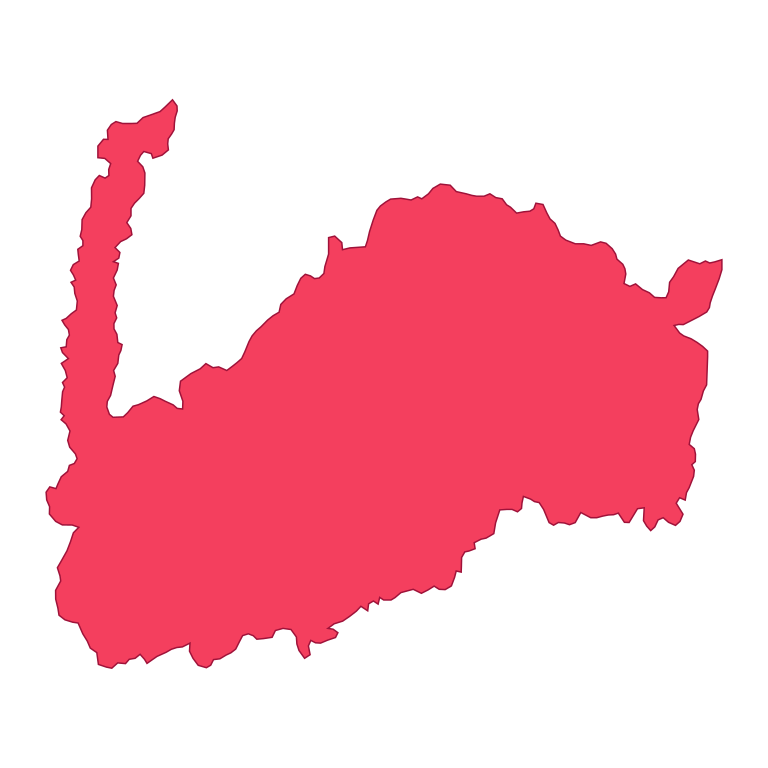 the district of Itapaci, Goiás, Brazil
{"feature_id": "56859067B10600417055879", "entity_name": "Itapaci", "entity_type": "district", "adm_level": 2, "iso_a3": "BRA", "parent_name": "Brazil", "parent_adm1": "Goiás", "projection": "robinson", "projection_center": [-49.677, -14.921], "detail": "fine", "context": "isolated", "style": "filled", "palette": "rose", "viewbox_px": 768, "rotation_deg": 0, "n_neighbors": 0, "source": "geoboundaries", "source_scale": "gbopen_adm2", "svg_char_len": 5334}
<svg xmlns="http://www.w3.org/2000/svg" viewBox="0 0 768 768"><path d="M46.1,492.2L46.7,499.9L49.6,506.7L49.4,514.0L55.7,521.4L62.3,524.9L72.2,525.0L78.8,527.3L73.4,532.8L70.5,541.7L67.0,550.8L61.0,561.5L57.4,567.7L60.0,575.9L60.7,581.0L55.6,590.4L55.7,599.1L57.9,608.1L59.0,615.2L64.9,619.8L72.7,622.2L78.1,623.0L82.8,633.8L87.3,641.1L90.3,648.1L96.8,652.6L98.4,664.4L106.4,667.1L111.8,668.2L117.7,662.9L125.5,663.6L129.2,659.3L135.1,658.3L140.1,654.3L144.5,659.3L147.0,663.4L157.0,656.4L166.1,652.3L171.3,649.3L176.8,647.5L182.4,646.9L190.0,643.1L189.5,651.2L193.0,658.3L198.2,665.3L206.4,667.7L210.7,665.2L213.5,659.6L219.9,658.8L226.2,655.0L230.9,652.8L235.7,649.1L239.6,641.3L242.6,635.6L248.3,633.8L253.3,635.7L256.8,639.2L263.4,638.6L272.1,637.3L275.4,630.5L283.0,628.4L291.0,629.5L296.4,637.0L296.9,644.0L299.0,650.5L304.6,658.3L310.1,654.7L308.4,645.9L310.8,640.4L315.5,642.8L320.6,643.1L327.5,640.2L335.5,637.5L337.9,632.7L333.1,629.2L327.9,628.4L334.1,623.8L342.7,621.1L350.1,616.0L356.4,611.1L360.9,606.3L367.7,610.8L368.6,603.8L373.4,601.0L378.1,604.1L379.7,597.4L383.7,600.0L391.0,600.0L395.0,597.6L400.9,592.6L413.2,589.3L421.4,593.3L428.1,589.9L434.1,586.1L439.2,589.3L445.2,589.6L451.4,585.9L454.6,577.3L456.2,571.0L461.2,572.1L461.4,566.1L461.6,557.5L464.8,551.9L469.0,551.0L475.1,548.7L474.2,542.7L481.0,539.2L486.1,538.1L493.8,533.6L495.6,522.8L499.8,509.9L506.7,509.4L512.1,509.4L517.5,511.8L521.5,508.5L522.0,502.9L523.4,496.4L530.6,499.1L534.5,501.6L539.2,502.6L543.6,509.4L549.1,522.6L553.6,525.2L558.3,522.5L564.4,523.0L569.5,524.7L575.2,522.6L580.8,512.5L585.0,514.7L590.7,517.7L596.8,517.7L602.7,516.1L608.2,515.0L613.6,514.7L618.3,513.1L624.4,522.3L629.1,522.5L637.5,508.7L644.2,507.8L643.5,520.7L646.7,526.1L650.7,530.6L654.8,526.9L658.1,519.9L663.2,517.7L668.5,522.3L675.5,525.4L680.0,521.4L683.0,514.2L676.2,503.2L679.6,497.7L685.2,500.1L686.5,492.6L689.1,487.8L693.6,476.4L694.3,470.2L691.8,464.7L695.3,461.6L695.5,454.2L694.3,448.7L689.2,444.4L690.6,437.2L693.2,430.7L696.3,424.5L698.8,419.5L697.2,409.5L698.4,403.7L701.0,399.4L703.4,390.9L706.6,384.9L707.6,356.9L707.6,351.1L702.6,346.4L697.2,342.5L691.3,338.9L683.7,335.9L679.6,333.0L674.1,325.5L678.8,324.4L683.3,324.6L691.1,320.6L699.1,316.5L706.7,312.0L709.4,307.6L710.2,302.8L712.5,295.9L715.1,289.4L719.1,278.9L721.9,269.7L721.9,259.7L714.7,261.9L709.7,263.0L705.4,261.0L699.8,263.8L688.3,260.0L678.1,268.4L673.6,276.7L669.6,282.3L668.7,291.8L666.1,297.7L661.2,297.8L654.6,297.4L649.4,292.8L642.5,289.6L635.6,283.9L629.9,286.4L624.0,283.5L625.8,274.0L624.9,268.7L622.8,264.3L616.9,259.1L615.6,254.1L612.2,248.7L606.1,243.3L600.6,241.9L591.2,245.4L583.7,243.8L575.3,243.8L565.8,240.1L560.4,236.1L558.2,230.2L555.0,223.4L550.0,218.9L546.9,213.1L543.0,204.5L535.9,203.2L533.8,208.8L529.9,211.2L523.7,211.8L516.6,213.1L510.5,207.2L506.6,204.8L502.2,198.8L495.8,197.6L489.9,193.8L484.1,196.2L476.5,196.2L471.9,195.4L466.2,193.8L456.3,191.6L450.2,185.2L440.3,184.1L432.9,188.4L428.5,193.8L421.8,198.8L417.6,196.9L411.1,200.0L405.9,199.1L400.9,198.3L390.6,199.1L385.9,201.9L380.4,206.0L376.9,210.3L373.2,220.1L369.6,231.4L367.5,240.4L365.4,246.8L349.9,247.9L342.5,249.7L341.8,242.6L334.7,236.1L328.6,237.6L328.6,254.1L324.9,266.5L323.9,273.5L319.2,278.0L314.5,278.6L310.5,275.9L305.3,274.3L300.8,278.3L297.3,285.4L294.0,293.9L286.2,298.8L280.8,304.4L279.1,312.2L273.1,315.7L267.6,320.1L261.1,326.7L256.4,330.8L252.1,335.9L249.0,341.6L244.8,351.9L241.7,358.5L236.7,362.9L232.5,366.2L226.8,370.5L218.7,366.9L213.0,367.7L205.9,363.6L200.2,368.8L190.9,373.6L180.5,381.2L179.3,390.8L182.9,401.3L182.6,409.0L177.2,408.4L173.2,404.9L165.3,401.3L160.2,398.7L153.9,396.5L146.8,400.9L138.4,404.7L133.0,406.2L127.7,412.7L123.3,416.9L113.0,417.3L109.4,414.3L106.8,407.0L107.3,401.4L110.6,395.4L112.9,385.5L115.2,376.3L113.6,370.5L117.8,363.4L118.8,355.0L120.9,350.5L122.1,344.6L117.8,342.5L116.9,334.3L114.0,328.9L113.9,323.6L116.7,317.9L115.1,312.8L117.2,305.5L113.4,296.3L114.1,290.4L116.2,284.9L113.4,278.0L117.2,270.0L118.4,263.4L113.4,261.7L118.8,258.1L119.9,252.5L115.0,247.6L120.6,241.6L126.5,238.8L131.9,234.7L130.8,228.5L126.8,222.6L131.0,215.8L131.0,208.4L134.5,203.2L139.1,198.6L143.8,193.3L144.7,185.4L144.9,173.0L142.8,166.8L137.6,161.3L140.5,155.3L143.8,151.5L151.3,153.6L152.9,158.2L162.1,155.1L168.4,149.9L167.7,143.9L168.2,138.8L171.6,134.0L174.1,129.7L174.4,123.2L175.2,117.3L177.2,110.9L177.0,106.0L172.5,99.8L165.1,107.0L160.0,111.6L143.0,117.6L137.0,123.3L131.3,123.5L122.6,123.5L115.9,121.6L111.3,124.5L107.4,130.2L108.0,139.4L103.5,139.3L97.9,146.1L97.9,151.3L97.9,157.7L104.8,158.4L110.7,163.6L108.7,169.5L108.9,175.5L105.1,178.1L99.3,175.5L95.2,179.8L91.5,187.8L91.6,198.9L90.8,207.2L85.9,212.7L82.1,219.6L81.8,229.6L80.2,236.3L82.9,240.6L82.9,245.7L77.8,249.3L78.3,254.3L79.2,261.0L73.3,264.6L70.5,270.3L73.4,274.9L75.7,280.1L71.0,282.3L74.2,287.0L74.8,293.4L77.3,301.0L76.4,310.0L71.2,313.8L66.2,318.4L62.0,320.3L64.7,324.9L68.4,329.5L69.4,335.1L66.8,339.7L66.2,346.8L60.8,347.8L62.5,352.6L68.4,358.6L61.3,363.4L65.3,370.5L67.2,377.7L62.5,382.5L64.6,387.1L62.6,391.7L61.8,400.3L61.3,407.0L60.4,412.1L64.2,415.7L61.1,419.7L66.1,424.0L70.0,431.0L67.7,440.4L69.7,447.2L75.4,453.9L77.1,458.7L74.3,463.5L69.4,465.4L67.7,471.4L61.3,476.7L58.0,483.8L56.0,488.6L49.8,486.9L46.1,492.2Z" fill="#f43f5e" stroke="#9f1239" stroke-width="1.5"/></svg>